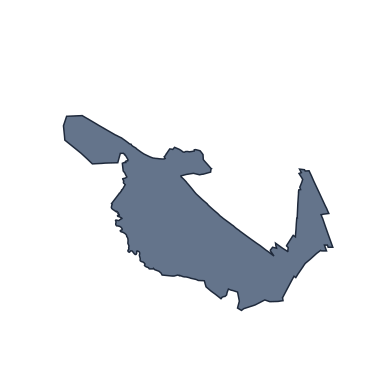 the district of Stopiņu pag., Stopinu, Latvia, rotated 217°
{"feature_id": "27541924B13594344549497", "entity_name": "Stopiņu pag.", "entity_type": "district", "adm_level": 2, "iso_a3": "LVA", "parent_name": "Latvia", "parent_adm1": "Stopinu", "projection": "robinson", "projection_center": [24.317, 56.919], "detail": "fine", "context": "isolated", "style": "filled", "palette": "slate", "viewbox_px": 384, "rotation_deg": 217, "n_neighbors": 0, "source": "geoboundaries", "source_scale": "gbopen_adm2", "svg_char_len": 5895}
<svg xmlns="http://www.w3.org/2000/svg" viewBox="0 0 384 384"><g transform="rotate(217 192 192)"><path d="M180.1,104.9L179.7,105.0L176.9,107.1L176.9,107.8L175.1,107.5L170.7,108.8L167.9,108.6L165.9,107.7L157.5,112.8L155.7,114.1L153.4,117.1L151.5,117.6L151.7,117.9L151.7,118.0L151.0,118.2L149.6,118.6L148.8,118.8L147.8,119.2L146.9,119.7L145.6,120.6L145.0,120.9L144.5,121.1L142.9,121.8L142.3,122.0L140.7,122.5L140.1,122.8L136.4,124.5L135.7,124.7L135.0,124.9L133.8,125.1L130.7,127.2L129.9,127.8L128.8,128.5L127.1,127.3L126.2,126.5L125.8,126.3L124.8,125.5L123.7,124.7L117.0,124.3L111.8,124.4L107.5,124.3L104.6,124.2L104.5,124.8L104.7,125.8L104.5,126.3L103.7,127.6L103.3,128.0L102.8,128.4L102.4,130.6L103.1,132.0L103.7,133.5L104.5,136.4L101.8,137.1L100.1,137.9L95.4,139.5L88.5,133.3L85.8,126.7L81.2,127.2L80.5,129.9L73.6,139.8L68.9,149.6L63.9,151.2L57.4,156.4L55.1,158.8L53.9,160.0L56.2,162.2L56.1,162.5L57.7,172.3L59.2,181.7L59.8,186.1L57.6,186.1L58.0,190.4L58.3,197.1L58.4,199.5L58.5,200.0L58.6,203.1L58.5,203.5L57.1,209.5L55.5,218.0L54.1,222.8L53.3,222.8L49.1,225.9L54.3,229.3L51.9,231.1L50.0,229.8L48.3,231.1L46.3,232.6L57.9,240.2L61.2,242.4L65.1,245.0L71.9,249.6L73.3,250.3L75.3,251.6L74.5,252.3L74.0,253.1L69.8,257.2L72.6,258.7L74.6,259.9L77.1,261.1L90.4,268.2L97.8,272.1L101.4,274.0L106.7,277.0L111.3,279.4L113.6,277.4L114.3,276.9L115.6,277.5L119.9,275.0L117.4,273.8L116.3,273.3L117.7,271.2L114.5,270.0L111.2,268.7L110.3,266.2L109.8,264.5L108.8,260.7L106.7,259.3L108.0,257.9L107.4,256.9L106.8,255.9L106.7,255.9L105.9,254.7L100.2,246.0L92.6,234.9L92.3,234.7L92.7,234.3L89.7,229.6L86.5,224.8L85.0,222.4L83.7,220.3L82.4,218.4L85.1,218.3L85.1,217.9L85.0,217.5L85.1,217.4L85.1,217.1L84.9,215.1L84.8,213.5L84.2,206.0L84.0,205.8L81.8,205.5L81.6,205.3L80.1,202.6L79.8,202.5L79.8,202.1L85.9,201.6L94.5,201.4L92.5,199.4L91.3,198.6L90.6,198.0L94.4,196.4L94.4,196.1L94.4,194.2L94.4,193.6L94.5,193.1L94.1,192.2L88.0,190.2L96.7,190.2L97.0,190.1L98.1,190.1L105.3,190.2L107.4,190.1L109.0,190.0L116.4,189.8L121.9,189.7L130.8,189.6L131.0,189.7L133.4,189.6L133.5,189.6L135.0,189.6L135.7,189.6L138.9,189.9L139.8,189.8L143.5,189.8L151.2,189.7L153.1,189.8L155.1,189.8L158.4,190.3L164.1,190.6L168.8,191.0L170.7,191.2L172.2,191.5L172.6,191.7L179.0,192.1L187.6,193.0L189.9,193.5L193.3,194.4L199.3,195.8L202.2,196.4L202.5,196.6L205.4,197.1L206.6,197.3L209.9,197.6L210.2,197.9L210.5,198.3L209.5,199.5L207.2,202.5L202.1,207.8L196.3,210.3L194.5,212.4L194.0,212.7L189.1,219.1L190.7,221.8L190.5,222.3L191.2,222.3L196.4,223.4L200.5,224.2L202.5,224.7L205.7,228.5L208.3,229.3L210.4,229.8L212.4,229.0L214.5,228.1L214.8,227.9L215.6,227.1L214.9,226.1L215.7,225.2L216.1,224.7L217.4,223.4L218.2,222.6L218.4,222.4L219.6,221.9L219.9,221.7L220.7,221.1L221.5,220.4L222.1,219.1L223.1,218.6L225.9,218.6L227.9,218.4L232.8,217.2L233.0,214.4L234.0,214.0L235.7,213.0L235.6,210.2L235.5,208.9L235.5,207.9L235.4,207.3L235.5,207.3L235.5,207.2L235.4,207.2L235.2,203.9L235.4,203.4L233.6,202.6L234.2,201.6L235.4,200.6L238.2,198.8L239.5,198.1L241.7,196.7L242.5,196.3L243.1,195.9L244.1,195.5L247.0,194.7L252.9,193.5L255.1,193.3L257.1,193.2L261.9,193.1L262.9,193.3L263.6,193.3L267.1,192.9L268.3,193.0L269.4,193.5L269.7,193.3L270.7,192.9L271.2,192.8L272.3,192.9L273.4,192.9L276.1,192.9L279.6,192.8L280.8,192.8L283.6,192.2L286.7,191.7L287.0,191.5L306.6,189.1L314.1,188.3L325.8,186.9L326.3,186.4L337.7,177.0L334.5,167.5L331.8,164.6L327.2,159.6L324.8,156.9L304.0,156.2L296.0,155.4L288.5,154.5L281.2,160.6L278.9,162.7L275.3,165.6L268.9,170.7L272.5,179.7L272.0,180.1L270.1,181.6L269.0,181.5L268.4,181.6L268.3,181.2L266.6,181.0L262.6,179.3L262.1,178.2L263.3,177.2L263.5,176.1L262.7,175.7L264.1,174.4L264.3,174.1L264.4,173.9L264.9,173.0L264.0,172.0L259.6,167.4L257.2,166.8L256.4,166.4L255.8,166.0L253.1,164.8L253.4,163.6L253.5,163.2L253.9,162.7L255.1,161.2L255.3,160.9L254.6,160.3L254.0,160.2L253.5,159.9L253.0,159.6L253.0,159.4L252.9,159.0L252.3,158.1L252.0,158.0L251.7,157.9L251.1,157.9L250.2,157.7L249.8,157.7L249.6,156.6L249.5,155.1L249.2,153.4L249.2,150.9L249.3,150.9L249.0,150.1L249.1,149.7L249.0,147.9L249.2,147.5L249.3,147.4L249.3,147.2L249.2,147.1L249.3,134.3L248.4,134.2L248.3,133.9L248.2,133.4L247.2,131.2L246.3,130.6L245.6,130.5L245.2,130.4L243.4,130.5L240.7,130.6L240.9,131.0L240.6,131.2L240.3,131.3L240.0,131.3L238.7,131.1L238.5,130.9L238.3,130.9L238.3,130.6L238.2,130.2L237.4,130.1L237.0,130.3L236.4,130.1L236.1,129.8L236.1,129.6L237.2,128.5L237.2,128.2L236.9,128.0L236.6,127.9L236.1,128.0L235.8,128.2L235.2,128.5L234.8,128.6L234.1,128.6L233.4,128.7L232.9,128.9L232.6,128.9L232.0,128.7L232.0,128.4L232.4,128.0L232.6,127.3L232.9,126.5L233.0,126.0L233.2,125.3L233.7,124.9L234.2,124.6L235.3,124.2L235.9,123.8L235.9,123.2L234.9,122.6L234.5,122.2L234.1,121.2L233.8,120.8L233.3,120.1L232.6,119.8L232.4,119.7L231.8,119.6L231.1,120.1L229.4,120.9L228.6,121.1L227.6,121.1L226.9,121.0L226.3,120.8L225.3,120.3L225.1,119.7L226.0,118.3L226.0,117.9L225.6,117.6L225.1,117.5L224.7,117.6L224.0,117.8L222.7,118.3L221.6,118.4L220.7,118.5L219.2,118.4L218.2,118.0L217.8,117.6L217.2,117.1L216.4,116.9L215.6,116.5L215.1,116.1L213.8,114.7L213.0,113.4L212.2,112.3L210.2,111.2L209.8,110.8L209.4,110.1L209.2,109.6L208.8,109.1L208.2,108.6L208.0,108.0L208.1,107.3L208.0,106.8L207.7,106.4L207.3,106.1L206.8,106.0L205.9,106.1L205.6,106.7L205.7,107.3L205.6,108.0L205.3,108.3L204.8,108.6L204.4,108.8L203.7,108.7L201.2,108.0L199.8,107.9L199.3,108.2L199.1,108.5L199.4,110.0L200.4,111.3L200.4,111.6L200.4,111.8L199.9,112.1L199.2,112.3L198.5,112.4L197.8,112.3L197.3,112.0L197.1,111.8L196.6,111.2L196.3,110.7L196.2,110.1L195.8,109.6L195.0,109.0L193.8,108.1L193.4,107.8L193.0,107.3L192.8,106.9L192.5,106.4L192.0,106.0L191.2,105.9L190.2,106.1L188.8,106.6L188.2,106.6L187.7,106.6L186.4,106.3L186.2,106.1L186.0,105.5L185.8,104.8L185.1,104.6L184.1,104.6L183.1,104.8L182.4,105.0L181.8,105.2L181.0,105.3L180.5,105.1L180.1,104.9Z" fill="#64748b" stroke="#1e293b" stroke-width="1.5"/></g></svg>